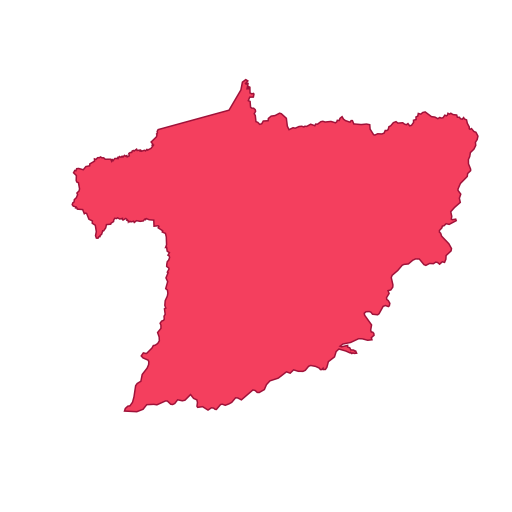 outline of Pong Nam Ron, Chanthaburi, Thailand, rotated 281°
{"feature_id": "78962969B84278316034538", "entity_name": "Pong Nam Ron", "entity_type": "district", "adm_level": 2, "iso_a3": "THA", "parent_name": "Thailand", "parent_adm1": "Chanthaburi", "projection": "orthographic", "projection_center": [102.37, 12.957], "detail": "fine", "context": "isolated", "style": "filled", "palette": "rose", "viewbox_px": 512, "rotation_deg": 281, "n_neighbors": 0, "source": "geoboundaries", "source_scale": "gbopen_adm2", "svg_char_len": 6088}
<svg xmlns="http://www.w3.org/2000/svg" viewBox="0 0 512 512"><g transform="rotate(281 256 256)"><path d="M406.5,450.6L409.5,449.7L412.5,450.9L416.0,451.0L419.4,448.3L419.8,446.1L422.2,443.2L421.2,442.0L421.6,441.1L423.4,440.7L426.6,438.1L429.8,436.7L430.3,434.4L431.5,433.4L429.6,432.3L429.8,430.4L431.0,429.3L430.6,427.2L432.7,426.1L432.4,422.4L433.3,420.0L432.2,418.9L432.7,417.2L430.7,417.0L429.9,416.1L430.3,414.5L427.4,413.2L426.7,411.4L427.1,410.0L425.5,408.3L426.5,405.1L426.3,401.6L429.7,394.6L428.7,392.3L426.7,390.7L426.9,388.1L424.2,388.1L423.0,386.5L420.5,387.1L419.3,384.7L417.2,385.2L413.9,383.7L413.1,382.0L415.0,379.9L413.6,378.6L413.7,376.8L414.8,374.6L413.5,369.9L414.6,367.8L413.1,365.4L409.5,363.4L408.3,361.8L405.3,361.6L404.1,360.5L403.9,358.9L401.1,358.3L399.8,356.3L399.2,352.1L397.4,349.6L397.5,348.3L402.3,343.8L406.6,342.6L406.6,339.3L405.1,334.2L404.3,326.8L407.3,324.8L407.1,323.6L405.3,322.7L406.0,317.9L407.0,315.8L409.2,313.9L407.2,312.2L404.9,311.8L404.7,309.9L403.2,309.7L401.9,308.6L402.4,303.9L400.7,298.3L401.0,295.9L400.2,294.0L397.1,291.2L396.9,289.4L395.1,288.9L395.8,284.5L392.9,281.1L392.7,279.2L391.8,278.4L392.1,276.1L391.3,273.5L388.9,270.1L389.0,267.9L386.3,264.3L389.4,262.0L397.0,259.5L400.5,253.7L400.7,251.9L397.5,247.9L396.2,244.2L393.4,241.9L391.1,242.1L389.9,237.4L386.9,236.4L385.9,234.5L387.5,232.3L387.9,230.3L393.8,228.5L395.3,227.1L398.0,228.0L399.5,227.3L400.6,225.5L400.3,223.7L401.0,222.3L406.6,220.7L407.0,218.8L410.7,219.5L411.5,223.1L414.5,223.1L415.1,222.5L414.4,221.0L414.9,219.0L420.5,217.8L420.9,216.3L418.7,216.7L418.4,215.3L423.9,215.3L423.9,214.4L422.8,213.6L423.3,212.8L426.3,214.6L427.2,212.3L424.1,209.5L416.1,209.5L394.0,201.7L361.4,135.8L359.4,135.2L358.0,135.8L356.8,135.1L356.1,135.7L353.9,135.5L347.9,131.3L346.1,133.4L345.1,132.9L345.1,134.1L341.6,132.4L339.2,129.3L339.8,128.6L338.1,127.5L338.5,126.3L336.9,123.5L336.9,122.4L337.7,122.9L338.0,122.4L336.9,119.2L338.1,118.4L335.8,116.3L336.2,115.6L335.4,114.4L333.9,114.2L333.6,112.8L332.4,111.6L330.2,112.5L328.8,110.9L328.8,110.3L329.9,110.0L329.1,108.9L329.7,107.7L327.7,106.5L328.4,105.5L327.1,104.6L327.6,103.0L325.6,102.1L326.3,101.6L325.2,101.1L324.8,98.8L322.1,97.4L323.3,96.6L323.0,95.9L321.9,95.9L323.3,94.9L322.2,89.6L323.3,87.8L323.0,86.0L323.6,84.5L322.7,83.6L322.3,81.8L320.3,80.5L320.5,78.9L318.3,79.4L314.7,75.3L312.8,75.5L311.3,71.9L307.7,70.0L308.1,65.2L307.5,63.3L305.3,62.9L305.4,61.8L302.9,61.0L300.7,64.3L295.8,65.1L294.4,66.0L294.1,67.7L288.2,70.0L286.2,69.9L283.6,68.2L282.2,69.2L278.9,68.5L276.7,66.9L274.4,67.1L273.2,66.0L271.3,65.8L270.1,67.1L269.8,70.0L268.8,69.8L268.9,71.2L267.9,71.7L268.5,77.0L264.7,79.4L265.5,80.2L265.5,81.6L260.2,85.0L259.2,88.7L256.9,89.0L255.5,92.4L249.4,94.6L245.3,94.6L243.1,95.9L243.3,97.5L244.8,98.0L245.3,99.2L246.2,98.9L247.8,100.3L251.5,100.7L251.6,101.6L254.9,103.1L258.3,103.2L259.5,107.3L260.6,107.5L262.6,109.6L264.4,109.5L266.1,110.2L266.1,111.9L267.1,112.8L266.3,115.2L267.4,117.6L266.6,117.6L265.9,118.6L268.0,121.0L267.0,122.8L266.4,122.5L266.1,123.9L265.2,124.2L265.8,124.5L265.4,125.6L266.0,125.9L265.8,127.2L266.8,129.2L265.7,130.1L267.9,132.0L267.9,135.7L269.0,138.8L270.8,139.6L271.2,140.2L270.7,140.7L271.8,141.2L271.2,144.2L271.7,148.8L265.8,150.2L267.0,154.1L266.6,155.0L265.0,154.6L262.9,159.6L261.7,159.4L260.9,162.8L257.6,164.3L249.9,166.1L247.1,165.6L247.4,166.6L243.8,167.9L242.7,170.4L240.0,169.4L239.5,170.8L238.0,171.5L235.1,171.0L233.6,170.0L231.0,170.0L228.7,170.3L227.6,172.6L226.6,173.1L223.2,172.0L222.8,172.9L217.3,171.8L214.0,174.2L206.7,173.6L205.6,175.6L202.5,176.6L199.7,176.6L194.8,175.4L190.2,175.9L187.6,177.4L186.7,176.2L181.4,178.0L179.4,177.2L176.4,178.0L175.2,177.5L174.1,175.8L171.7,174.7L169.9,175.9L166.8,176.5L162.1,174.0L158.0,176.4L154.3,177.3L151.4,176.2L149.2,174.1L148.5,172.3L145.9,171.5L139.9,167.5L139.3,166.8L139.4,163.9L136.0,162.4L134.4,164.5L133.2,169.9L131.7,171.0L128.8,171.3L125.1,170.5L118.0,166.9L111.1,166.9L108.2,163.7L105.7,162.6L94.4,163.1L88.9,162.7L84.9,160.9L84.1,158.8L81.4,156.8L78.7,156.5L80.4,168.7L84.0,174.4L89.2,177.1L90.9,184.0L91.0,187.1L96.5,194.9L96.7,196.7L94.2,200.6L94.3,202.5L95.7,204.4L99.9,206.5L99.8,211.3L100.9,213.8L107.5,218.2L104.3,221.9L103.5,225.4L101.0,226.5L97.3,226.7L96.3,227.6L97.9,232.3L95.6,238.3L98.5,241.2L98.6,243.4L97.7,245.1L97.8,246.4L103.5,249.6L104.1,251.2L103.6,254.3L105.7,257.7L107.7,260.1L112.9,263.0L113.2,265.1L112.0,269.1L123.9,278.5L123.8,280.9L122.3,283.2L122.6,285.2L126.5,289.7L131.7,290.8L136.1,293.5L140.4,301.2L148.1,308.0L147.5,311.9L151.4,314.6L150.9,319.5L151.7,324.1L153.2,326.2L157.8,328.7L159.0,330.6L159.0,335.6L158.1,339.3L156.8,340.9L157.1,342.3L158.6,343.2L157.4,343.8L157.9,345.8L160.2,346.8L166.1,347.2L171.9,352.3L177.5,352.9L180.5,355.1L179.9,362.1L178.8,366.9L179.4,367.3L178.5,368.7L179.3,369.6L179.1,371.1L179.8,373.3L181.8,371.9L181.5,371.1L182.3,369.9L181.9,367.0L183.8,365.5L184.1,363.3L185.7,363.0L183.2,357.4L183.5,355.7L186.2,358.1L189.2,365.4L194.4,372.5L195.0,376.1L194.6,381.7L195.9,385.8L197.8,384.8L200.7,387.0L202.5,386.4L203.5,385.1L203.4,383.7L205.1,382.7L210.4,382.6L218.6,373.9L220.5,373.2L222.3,374.6L223.1,377.8L222.8,379.5L221.1,381.5L221.5,386.6L222.8,387.8L230.8,390.4L232.1,392.5L231.6,395.6L232.6,396.4L235.1,396.4L237.5,394.3L238.3,392.6L240.1,392.1L244.6,393.8L247.2,392.2L248.4,394.8L251.5,396.2L253.8,395.9L260.6,392.9L263.0,393.3L268.8,397.9L274.9,401.3L276.0,402.9L277.3,407.1L281.8,410.7L283.6,413.2L284.2,416.9L279.6,422.5L279.2,424.5L281.8,427.8L282.3,431.6L284.3,433.6L284.3,435.4L283.0,437.8L285.9,440.0L285.7,442.3L289.0,443.0L292.7,442.5L298.2,446.5L300.6,446.5L304.8,443.0L310.9,434.4L313.6,432.9L314.4,431.5L316.1,431.2L319.1,433.1L320.9,433.2L321.6,434.8L324.0,436.5L323.9,439.6L328.9,445.8L330.3,445.0L329.1,441.8L329.4,440.7L332.3,440.6L336.6,438.7L341.5,441.6L347.6,446.3L351.5,444.6L355.8,445.2L358.9,441.8L360.2,441.5L366.2,442.8L374.4,448.2L377.3,448.0L380.7,450.4L382.2,450.1L387.0,447.0L391.2,446.1L394.4,446.8L398.4,446.7L402.4,449.5L406.5,450.6Z" fill="#f43f5e" stroke="#9f1239" stroke-width="1.5"/></g></svg>